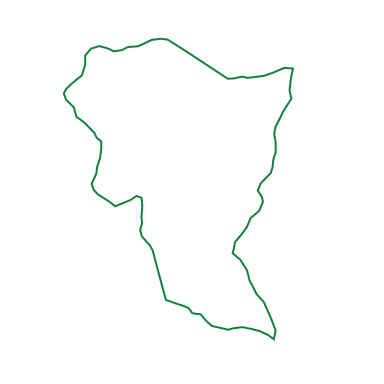 Cordeirópolis, São Paulo, Brazil, rotated 83°
{"feature_id": "56859067B87866639520897", "entity_name": "Cordeirópolis", "entity_type": "district", "adm_level": 2, "iso_a3": "BRA", "parent_name": "Brazil", "parent_adm1": "São Paulo", "projection": "natural_earth1", "projection_center": [-47.407, -22.478], "detail": "fine", "context": "isolated", "style": "outline", "palette": "green", "viewbox_px": 384, "rotation_deg": 83, "n_neighbors": 0, "source": "geoboundaries", "source_scale": "gbopen_adm2", "svg_char_len": 1406}
<svg xmlns="http://www.w3.org/2000/svg" viewBox="0 0 384 384"><g transform="rotate(83 192 192)"><path d="M81.8,76.7L80.0,85.1L83.6,97.7L85.5,106.5L85.5,122.8L83.6,128.3L84.4,136.7L83.9,142.8L54.5,177.3L45.0,188.7L37.7,197.8L36.1,204.4L36.1,213.3L40.8,227.8L40.3,237.8L42.6,244.6L42.9,252.2L39.0,258.4L35.9,266.4L37.4,274.7L43.5,281.4L52.4,282.4L62.8,287.0L66.4,292.9L70.2,298.7L74.3,304.2L78.5,307.3L85.2,305.7L93.5,299.0L103.3,297.5L109.5,290.8L116.9,285.1L121.2,281.8L126.8,279.9L130.8,275.9L138.3,276.9L146.8,279.0L155.3,283.0L162.2,284.8L171.6,290.6L177.8,289.4L183.1,285.5L188.1,279.3L192.0,274.7L196.8,270.0L192.5,254.1L189.1,247.6L191.7,242.7L199.4,243.0L210.1,245.1L217.5,245.5L222.9,248.0L229.6,247.4L239.9,240.3L245.1,238.2L290.2,231.9L295.9,231.0L299.8,223.4L304.1,214.2L306.8,209.5L312.4,206.4L314.5,198.2L320.9,194.2L327.4,188.6L331.0,178.5L333.1,172.9L332.3,167.4L332.3,158.3L335.1,149.9L338.5,141.3L343.0,134.2L348.1,128.7L339.5,125.9L327.2,128.9L319.9,131.1L309.8,134.2L301.3,140.3L293.0,143.2L287.1,145.6L276.6,146.9L265.0,152.4L257.7,159.1L253.1,157.3L246.9,155.4L240.4,148.3L233.8,142.0L225.0,137.0L219.0,127.7L210.3,122.8L205.6,123.2L198.6,126.5L191.7,122.6L182.6,111.4L177.2,109.0L169.6,107.3L162.8,104.1L152.3,102.9L144.5,103.4L137.8,101.3L129.6,95.8L123.1,91.6L118.4,87.8L111.5,82.0L102.9,82.8L95.5,81.0L88.8,79.2L81.8,76.7Z" fill="none" stroke="#15803d" stroke-width="2"/></g></svg>